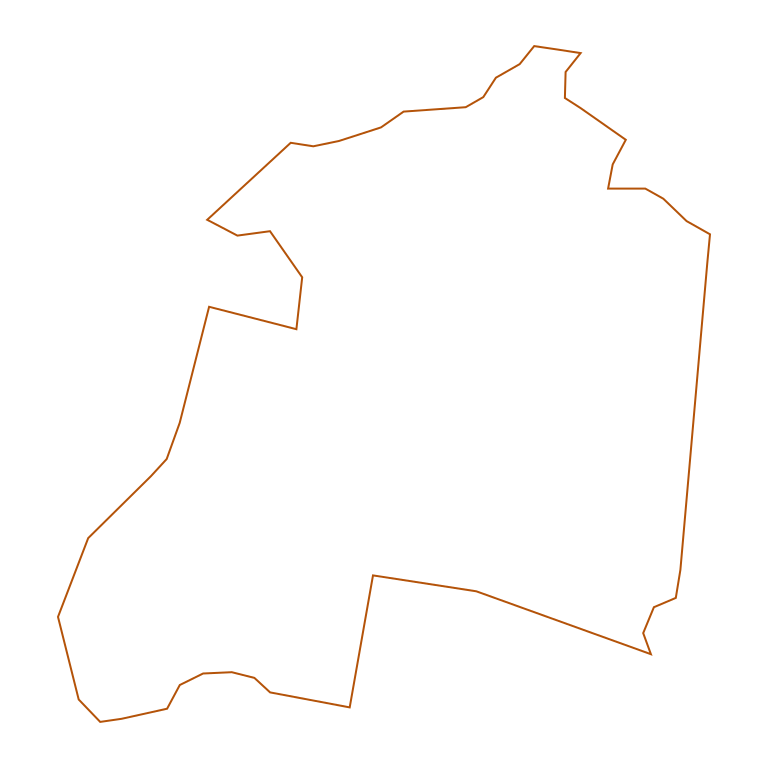 Linha Nova, Rio Grande do Sul, Brazil (orthographic projection)
{"feature_id": "56859067B36754154474179", "entity_name": "Linha Nova", "entity_type": "district", "adm_level": 2, "iso_a3": "BRA", "parent_name": "Brazil", "parent_adm1": "Rio Grande do Sul", "projection": "orthographic", "projection_center": [-51.219, -29.456], "detail": "fine", "context": "isolated", "style": "outline", "palette": "amber", "viewbox_px": 768, "rotation_deg": 0, "n_neighbors": 0, "source": "geoboundaries", "source_scale": "gbopen_adm2", "svg_char_len": 752}
<svg xmlns="http://www.w3.org/2000/svg" viewBox="0 0 768 768"><path d="M100.2,721.9L121.6,718.8L141.5,714.4L167.1,708.7L179.8,685.0L203.1,673.5L231.8,672.2L254.4,677.9L270.1,692.4L349.7,707.4L373.0,575.4L476.3,591.3L650.9,654.2L643.2,633.1L653.9,607.2L675.8,597.9L680.4,569.8L707.3,262.9L710.0,234.3L686.6,221.1L663.3,198.7L645.3,188.6L608.1,188.6L612.7,164.4L625.8,139.8L580.6,108.1L564.9,98.0L565.6,72.0L580.6,53.1L558.0,49.6L534.2,46.1L519.7,64.1L495.9,77.7L483.3,97.1L465.7,107.2L403.6,111.6L381.0,127.4L338.9,141.0L313.3,146.3L290.7,142.8L207.2,219.8L237.4,235.6L270.0,231.2L302.2,277.3L296.4,329.2L209.1,306.8L179.7,422.9L166.7,459.0L151.0,476.1L88.2,538.1L58.0,616.9L78.7,699.5L100.2,721.9Z" fill="none" stroke="#b45309" stroke-width="2"/></svg>